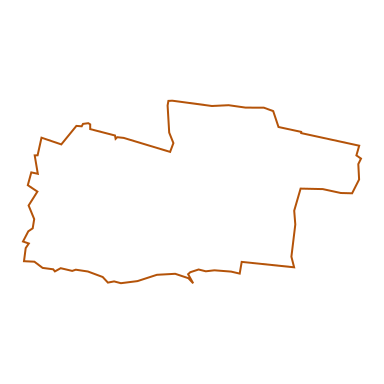 Ballymun-Finglas Lea-6, Dublin, Ireland
{"feature_id": "5873133B16381399369592", "entity_name": "Ballymun-Finglas Lea-6", "entity_type": "district", "adm_level": 2, "iso_a3": "IRL", "parent_name": "Ireland", "parent_adm1": "Dublin", "projection": "equal_earth", "projection_center": [-6.294, 53.391], "detail": "fine", "context": "isolated", "style": "outline", "palette": "amber", "viewbox_px": 384, "rotation_deg": 0, "n_neighbors": 0, "source": "geoboundaries", "source_scale": "gbopen_adm2", "svg_char_len": 1044}
<svg xmlns="http://www.w3.org/2000/svg" viewBox="0 0 384 384"><path d="M24.0,261.2L34.4,261.7L42.6,267.9L53.2,269.3L54.9,271.4L60.7,268.2L72.2,270.9L75.8,269.7L87.9,271.5L102.7,277.0L107.9,282.6L114.1,281.4L120.9,283.2L137.5,281.1L156.9,274.8L175.2,273.8L188.4,278.2L193.2,283.3L188.1,274.2L190.3,272.2L198.6,269.5L205.8,271.3L214.4,270.3L231.1,271.6L239.7,273.6L241.7,261.9L294.1,267.3L291.4,256.7L295.3,224.5L294.2,210.7L300.6,188.6L322.8,189.1L340.8,193.0L352.1,193.3L359.1,179.5L358.3,164.1L361.0,158.6L356.4,155.4L359.2,145.7L301.2,133.1L301.2,131.9L278.5,127.0L273.2,111.1L263.9,107.7L245.5,107.6L228.6,105.2L211.9,106.0L172.3,100.7L168.4,100.9L167.6,105.5L169.2,132.6L173.4,143.1L170.1,151.9L123.7,137.9L117.3,137.2L115.6,138.8L115.0,135.5L90.2,129.1L90.2,124.4L88.3,123.2L83.0,123.9L81.7,126.3L76.4,125.9L61.3,144.4L41.5,137.7L37.6,155.3L34.7,155.4L37.8,173.8L31.3,172.4L27.8,185.2L37.4,191.6L28.6,205.5L34.2,219.1L32.7,228.3L28.3,231.3L23.0,241.5L28.8,243.5L25.7,248.1L24.0,261.2Z" fill="none" stroke="#b45309" stroke-width="2"/></svg>